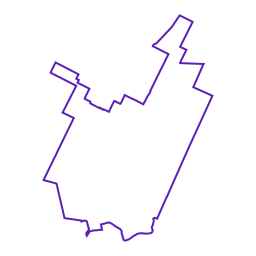 outline of Alexandru Odobescu, Calarasi, Romania
{"feature_id": "2599482B54929326220532", "entity_name": "Alexandru Odobescu", "entity_type": "district", "adm_level": 2, "iso_a3": "ROU", "parent_name": "Romania", "parent_adm1": "Calarasi", "projection": "orthographic", "projection_center": [27.086, 44.315], "detail": "fine", "context": "isolated", "style": "outline", "palette": "violet", "viewbox_px": 256, "rotation_deg": 0, "n_neighbors": 0, "source": "geoboundaries", "source_scale": "gbopen_adm2", "svg_char_len": 3937}
<svg xmlns="http://www.w3.org/2000/svg" viewBox="0 0 256 256"><path d="M87.1,235.5L87.2,235.4L87.8,234.4L88.1,233.9L88.5,233.3L89.2,232.2L89.6,231.5L92.5,230.7L93.6,230.5L94.8,230.3L96.1,230.3L96.9,230.3L98.3,230.0L99.2,229.9L100.4,229.9L102.0,229.8L101.9,229.4L101.8,228.6L101.4,226.7L101.0,224.4L102.0,224.2L103.2,223.9L105.4,223.4L107.3,222.7L108.8,222.6L109.8,222.6L110.0,222.7L112.4,224.1L113.0,224.5L114.7,225.8L114.9,226.0L115.1,226.2L116.1,226.6L117.9,227.9L118.7,228.1L119.6,228.7L120.2,229.1L120.6,229.7L121.7,231.2L121.7,231.7L121.7,232.9L121.7,233.6L122.0,234.3L122.4,235.2L122.6,236.0L122.7,236.7L122.7,237.4L123.0,238.1L123.4,238.8L123.7,240.0L125.0,240.6L125.8,240.5L128.5,239.5L129.8,238.8L132.8,236.5L134.5,235.4L135.4,235.0L137.0,234.1L138.3,233.6L139.2,233.4L139.9,233.3L140.5,233.4L141.2,233.2L141.9,233.2L142.6,233.4L144.8,233.6L145.5,233.5L145.9,233.7L147.3,233.6L150.0,233.3L151.4,232.9L152.1,232.2L152.4,231.3L152.6,230.7L152.7,230.3L152.5,230.0L152.5,229.3L152.4,229.0L151.9,228.4L151.9,226.7L152.8,225.2L153.0,224.3L153.1,223.6L153.3,222.8L153.6,221.9L153.7,221.1L153.7,219.9L153.7,219.7L153.6,219.4L153.4,219.0L153.3,218.6L154.4,218.0L154.7,217.9L155.0,217.9L155.3,217.9L155.5,218.0L157.1,218.7L158.0,216.7L166.6,197.1L166.8,197.1L170.2,189.4L184.0,158.2L193.0,138.2L196.5,130.6L196.9,129.8L209.0,103.3L212.4,95.8L193.3,87.2L203.0,65.1L203.6,64.0L180.2,63.1L180.2,62.3L186.4,49.8L180.1,46.9L192.6,21.9L192.4,21.8L190.9,21.0L187.3,19.2L185.3,18.2L182.8,17.0L180.7,15.9L180.1,15.6L179.7,15.4L179.2,16.1L178.7,16.8L177.5,18.5L176.6,19.9L175.7,21.3L174.6,22.8L171.7,27.1L168.0,31.1L165.6,33.6L160.7,38.8L156.4,43.3L156.1,43.5L154.4,44.2L153.8,44.5L153.3,45.1L153.1,45.5L152.8,46.2L155.9,47.7L161.7,50.7L168.5,54.1L166.5,58.0L163.8,63.6L157.7,75.8L150.5,90.5L150.4,90.6L150.5,91.1L150.5,91.3L150.4,91.7L148.8,94.4L148.4,94.9L148.1,95.3L147.8,95.7L145.1,101.1L144.4,102.4L144.3,102.5L144.0,102.7L143.3,104.2L143.3,104.3L143.2,104.3L137.3,101.2L134.8,99.9L132.8,99.0L130.0,97.7L128.2,96.8L124.7,95.0L123.6,97.6L122.8,99.1L121.9,101.2L120.6,103.7L120.4,103.8L120.0,103.7L118.1,102.8L117.4,102.5L116.6,102.0L115.5,101.4L114.7,101.0L114.4,101.0L114.2,101.1L112.4,104.5L110.7,108.1L108.9,111.8L103.5,109.3L103.0,109.8L100.1,107.7L99.6,108.2L92.0,104.3L90.5,103.5L90.2,103.2L90.3,102.7L90.5,102.1L90.5,101.9L90.4,101.8L90.3,101.7L84.8,98.8L84.7,98.7L84.7,98.4L85.6,96.4L88.3,91.0L89.4,88.7L77.5,82.7L78.8,80.0L76.3,78.7L78.4,74.5L78.5,74.4L78.3,74.2L68.8,69.3L60.1,64.8L55.5,62.5L53.8,66.0L52.1,69.4L50.6,72.7L53.3,74.1L58.0,76.5L61.8,78.4L76.2,85.8L73.9,90.5L71.0,96.1L69.7,98.8L67.5,103.0L62.6,112.6L73.6,117.9L73.8,118.0L72.8,120.1L72.4,120.9L71.4,123.0L70.5,124.7L69.6,126.6L68.3,129.2L66.5,132.9L65.8,134.3L63.1,140.0L61.2,143.8L57.8,150.8L56.9,152.6L56.2,154.4L54.8,157.1L53.0,160.7L50.7,165.5L49.3,168.2L46.9,173.3L45.6,175.9L44.3,178.6L43.6,179.9L43.6,180.1L44.9,180.4L46.1,180.8L47.9,181.2L50.3,181.9L51.5,182.2L55.2,183.2L56.5,183.6L57.4,187.3L58.6,192.6L60.7,201.8L61.6,205.5L61.7,206.0L62.3,208.3L63.6,214.2L64.2,216.7L64.5,218.1L66.0,218.3L67.1,218.5L68.1,218.6L72.3,219.2L74.6,219.6L75.0,219.6L75.4,219.7L75.6,219.7L75.9,219.8L76.3,219.8L76.9,219.9L77.9,220.1L79.9,220.3L81.3,220.5L81.4,220.8L81.4,221.2L81.4,221.4L81.4,221.5L81.7,221.4L82.5,221.1L83.2,220.8L83.6,220.7L83.8,220.7L84.1,220.6L84.4,220.6L85.0,220.8L85.6,220.9L86.2,221.0L86.3,221.0L86.5,221.1L86.7,221.4L86.9,221.8L87.0,221.9L87.0,222.0L87.1,222.5L87.3,223.2L87.5,223.8L87.5,224.0L87.6,224.4L87.8,225.5L88.0,226.0L88.2,226.7L88.4,227.3L88.5,227.8L88.8,228.2L88.9,228.4L89.0,228.6L89.0,228.8L89.0,229.0L88.9,229.3L88.8,229.5L88.7,229.9L88.5,230.1L88.3,230.4L87.7,231.4L87.1,232.0L86.9,232.3L86.8,232.7L86.3,233.2L86.3,233.6L86.6,233.3L87.0,233.1L87.4,232.9L87.5,232.8L87.8,232.9L87.8,233.0L87.7,233.1L87.6,233.5L87.5,234.1L87.4,234.3L87.3,234.7L87.2,235.0L87.1,235.3L87.1,235.5L87.1,235.5Z" fill="none" stroke="#5b21b6" stroke-width="2"/></svg>